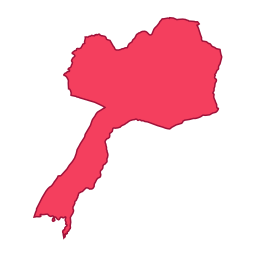 the district of Chivatá, Boyacá, Colombia, rotated 181°
{"feature_id": "7082276B72366635379650", "entity_name": "Chivatá", "entity_type": "district", "adm_level": 2, "iso_a3": "COL", "parent_name": "Colombia", "parent_adm1": "Boyacá", "projection": "albers", "projection_center": [-73.258, 5.58], "detail": "fine", "context": "isolated", "style": "filled", "palette": "rose", "viewbox_px": 256, "rotation_deg": 181, "n_neighbors": 0, "source": "geoboundaries", "source_scale": "gbopen_adm2", "svg_char_len": 5874}
<svg xmlns="http://www.w3.org/2000/svg" viewBox="0 0 256 256"><g transform="rotate(181 128 128)"><path d="M220.4,37.3L219.6,37.4L218.0,37.8L215.3,37.7L214.1,37.9L213.5,38.5L213.8,39.0L214.3,39.3L214.2,39.9L214.0,40.1L213.1,40.1L211.7,39.9L209.7,40.1L208.4,40.4L206.9,40.4L205.4,38.9L204.2,38.3L203.5,38.3L201.9,38.8L201.2,38.5L200.8,37.8L200.9,37.3L201.1,36.8L201.6,36.2L201.9,35.4L202.0,34.3L201.8,33.9L201.5,33.5L201.1,33.4L199.9,34.0L199.5,34.5L199.7,35.2L200.1,36.0L200.0,36.9L200.2,37.7L199.8,37.8L198.7,37.6L197.0,35.6L195.7,35.0L195.0,35.6L194.1,37.2L193.7,37.6L193.2,37.7L192.2,37.6L191.5,37.0L191.2,37.0L190.5,37.3L190.0,37.7L188.9,38.0L188.7,37.8L188.6,37.4L189.1,35.8L189.2,34.7L188.3,32.6L188.6,30.9L188.4,30.7L187.7,30.4L187.4,30.1L187.4,29.1L188.3,28.4L189.3,27.3L189.6,25.4L189.9,25.1L190.7,24.9L191.5,23.7L191.3,23.0L191.4,22.4L190.8,21.0L190.9,20.3L190.4,18.2L190.2,17.0L189.8,17.5L189.4,17.7L189.1,18.0L188.9,18.8L188.9,19.4L189.4,20.2L189.4,20.5L189.0,20.7L188.3,20.7L188.3,21.3L188.1,21.4L187.4,21.2L186.9,21.5L186.8,21.8L187.0,22.7L186.9,23.0L185.6,24.0L184.7,25.8L184.0,26.4L183.8,27.8L184.1,29.1L183.6,32.8L184.1,37.2L184.0,37.8L182.7,40.2L181.7,41.8L181.1,43.7L181.0,44.2L181.1,45.2L181.5,45.7L181.6,46.3L181.6,47.8L181.5,48.5L180.9,49.4L179.9,51.7L179.9,53.3L179.7,53.8L178.9,54.4L178.3,55.2L177.9,56.5L177.2,57.5L176.9,59.3L176.5,59.9L176.5,60.7L175.7,62.3L174.4,62.8L173.8,63.3L173.0,63.5L172.4,63.8L169.2,67.1L168.7,67.4L167.5,67.4L166.5,67.1L165.4,66.3L163.1,66.4L162.6,66.7L161.9,67.2L160.9,68.8L160.8,70.6L160.5,72.1L160.0,72.6L158.5,75.8L157.9,76.6L157.1,77.4L155.2,78.3L154.6,79.3L154.4,80.8L154.5,81.5L154.9,82.4L154.9,83.9L154.7,84.6L154.4,85.2L153.6,85.8L152.8,86.9L152.5,87.6L152.3,90.0L151.6,90.9L150.2,91.7L149.2,93.0L148.6,93.6L148.4,94.3L148.6,96.9L148.0,98.1L147.6,100.6L147.9,102.4L148.5,103.7L148.5,104.6L148.9,105.8L149.2,106.3L149.1,107.8L149.3,109.0L149.7,110.1L149.9,111.5L150.5,112.7L150.7,114.2L149.9,115.8L149.4,116.2L149.0,116.8L148.8,117.0L148.0,117.1L147.6,117.4L146.7,118.1L146.3,118.6L146.1,119.9L146.3,121.8L146.1,122.3L144.6,123.4L143.6,124.5L143.5,125.0L143.4,126.0L143.2,126.4L143.2,127.1L143.0,127.4L142.1,127.8L140.8,127.6L138.1,128.0L135.7,128.8L135.6,129.1L134.2,130.3L131.8,131.4L130.7,132.1L130.1,132.7L129.0,133.3L128.2,133.9L127.9,134.3L126.1,135.4L123.4,136.3L121.6,136.5L120.6,137.0L119.9,137.0L119.2,136.8L118.6,136.0L118.1,135.8L116.6,136.4L115.4,136.1L115.1,135.9L115.0,135.6L114.7,135.5L114.2,135.4L113.2,135.7L111.0,134.7L110.1,134.7L108.3,134.4L98.4,130.9L93.3,129.5L90.8,128.6L88.8,128.1L86.5,127.8L86.1,128.1L85.5,128.2L84.7,129.2L79.8,132.0L74.6,133.6L73.7,134.4L73.1,135.8L71.5,136.8L66.8,137.6L62.8,138.7L60.9,138.7L58.9,139.2L57.7,139.6L55.6,140.5L53.2,142.2L51.1,142.0L46.8,142.6L46.1,142.9L45.2,143.5L43.7,144.4L40.7,145.2L40.2,145.5L38.9,146.8L38.3,148.0L38.1,148.3L38.0,149.1L38.2,149.3L38.7,149.1L38.9,149.2L39.0,149.6L39.6,150.1L39.8,153.1L40.9,155.3L41.2,156.3L42.4,159.0L42.8,160.3L42.8,161.2L42.6,162.6L42.6,163.2L43.7,164.4L43.7,164.8L42.7,166.7L42.6,167.5L42.7,168.9L42.0,171.0L41.7,174.2L40.6,176.2L40.4,177.3L40.6,178.2L41.9,179.1L42.3,180.0L42.2,180.8L41.7,182.1L42.1,182.6L42.2,183.1L41.3,184.0L40.1,187.1L38.6,188.5L38.5,188.9L38.6,190.7L38.2,192.0L37.2,193.6L36.9,194.7L35.6,200.1L35.6,201.1L36.4,203.2L37.4,208.1L37.6,208.2L40.3,208.7L41.7,209.2L42.6,210.0L45.3,211.0L47.0,213.2L47.7,213.8L48.9,213.9L50.2,215.0L51.4,215.7L54.9,216.2L55.4,216.5L56.1,218.0L56.0,219.5L57.1,222.3L59.4,229.2L60.8,232.0L59.5,232.5L58.6,233.3L60.3,235.4L62.5,235.3L63.7,235.7L68.9,236.0L69.8,236.6L71.1,236.9L72.5,237.5L75.2,237.8L79.2,237.5L81.0,237.2L84.5,238.7L88.3,239.0L88.5,238.3L90.0,238.6L94.7,237.7L95.7,237.7L96.9,236.1L97.9,235.0L98.9,233.1L100.7,230.7L102.8,228.6L103.8,227.2L105.6,222.5L106.0,222.0L106.5,221.6L107.3,221.4L108.4,221.7L110.6,223.9L111.8,224.7L113.0,225.0L115.4,224.8L116.9,224.1L117.8,223.4L118.9,223.2L120.2,222.1L121.0,221.7L122.8,218.0L124.7,216.2L125.5,214.3L125.9,213.9L127.9,212.6L128.4,212.1L129.3,210.5L130.0,208.4L132.5,208.0L133.8,207.3L135.6,207.0L136.5,206.4L138.8,205.8L141.0,205.8L142.1,206.3L142.3,206.5L143.2,208.4L144.2,209.6L147.5,215.2L150.0,215.9L150.9,216.3L151.1,216.5L151.5,217.8L151.8,218.4L152.7,219.2L155.1,219.7L156.3,219.8L157.8,220.6L158.1,221.2L158.4,221.3L159.2,221.2L160.1,220.7L160.5,220.6L161.3,220.9L161.7,220.5L162.4,220.7L162.6,220.5L162.7,220.1L163.0,219.7L164.9,219.7L165.7,220.0L166.2,219.9L167.1,219.1L168.4,219.1L169.1,218.4L169.8,218.2L171.0,218.3L172.4,218.2L172.2,217.1L173.0,213.2L172.7,212.0L172.8,211.8L174.3,211.2L174.7,210.8L175.1,209.6L175.7,208.7L176.5,207.2L177.8,206.6L178.5,206.4L179.5,206.7L180.0,206.6L180.6,206.4L181.0,204.9L182.1,204.5L182.8,204.2L184.8,202.6L185.1,202.0L185.0,201.5L183.4,200.7L182.6,199.8L182.4,199.2L182.5,198.7L184.5,196.9L185.4,195.1L185.6,194.6L185.5,193.8L184.7,192.7L185.0,191.0L185.7,189.7L185.8,188.9L186.1,188.2L186.8,187.4L188.3,186.7L188.9,185.8L188.7,185.3L187.7,185.0L187.5,184.9L187.5,184.1L187.6,183.7L188.0,183.5L189.6,183.2L190.0,182.9L190.5,182.0L191.4,181.9L191.9,181.6L193.0,180.3L193.1,180.0L193.0,179.7L192.7,179.4L191.8,179.3L190.2,177.9L188.7,175.3L188.4,174.1L188.5,171.9L188.1,166.1L187.4,166.1L187.0,165.8L186.2,164.6L185.4,162.1L185.6,159.8L185.2,159.6L180.5,158.7L179.5,158.1L177.8,157.9L177.4,157.6L176.2,157.2L161.8,153.2L157.2,151.2L153.8,149.6L151.3,148.2L151.9,147.5L152.5,147.4L154.7,145.9L158.5,143.5L159.3,142.7L160.4,141.1L161.2,139.4L163.6,135.9L164.3,134.1L165.6,129.9L170.7,120.9L171.1,118.6L171.4,117.9L175.4,111.4L176.0,110.1L178.5,105.4L179.3,101.5L180.8,97.1L182.9,93.6L186.1,89.6L188.3,85.9L193.7,79.7L194.5,79.0L195.7,79.0L197.0,78.8L197.8,77.0L199.8,74.0L200.4,73.4L201.6,71.3L203.4,68.8L205.5,67.4L207.1,65.8L208.9,63.4L212.6,56.9L218.0,45.7L218.1,44.0L218.9,42.1L220.4,37.3Z" fill="#f43f5e" stroke="#9f1239" stroke-width="1.5"/></g></svg>